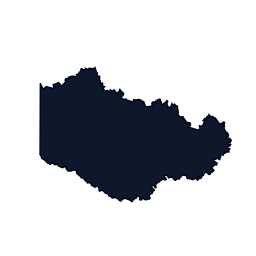 Xhariep, Free State, South Africa (Equal Earth projection), rotated 338°
{"feature_id": "47623444B92402502391318", "entity_name": "Xhariep", "entity_type": "district", "adm_level": 2, "iso_a3": "ZAF", "parent_name": "South Africa", "parent_adm1": "Free State", "projection": "equal_earth", "projection_center": [25.946, -29.761], "detail": "fine", "context": "isolated", "style": "filled", "palette": "ink", "viewbox_px": 256, "rotation_deg": 338, "n_neighbors": 0, "source": "geoboundaries", "source_scale": "gbopen_adm2", "svg_char_len": 5946}
<svg xmlns="http://www.w3.org/2000/svg" viewBox="0 0 256 256"><g transform="rotate(338 128 128)"><path d="M63.5,53.7L36.5,119.8L37.0,120.3L36.7,123.8L37.0,124.4L38.3,125.5L40.4,130.5L41.9,131.8L42.1,132.5L43.3,132.1L45.6,132.6L46.0,133.2L45.9,134.2L47.2,134.9L48.6,134.9L49.6,137.5L52.3,140.2L54.5,140.2L54.9,139.2L55.7,139.4L55.8,140.0L55.5,142.6L56.2,145.3L59.2,146.6L60.8,146.4L63.4,147.1L64.2,149.0L63.7,149.9L63.6,151.3L64.6,152.6L64.8,153.8L66.1,154.8L66.0,156.6L68.0,157.9L68.7,161.0L69.5,161.9L69.8,163.7L70.4,163.9L71.3,163.2L71.8,164.5L73.0,165.2L73.1,166.2L72.6,167.2L73.6,168.5L74.3,169.0L74.9,170.3L75.9,170.6L77.1,169.8L77.8,170.0L78.6,172.4L78.3,174.0L77.9,174.6L78.1,176.0L79.6,175.6L81.4,176.8L82.6,179.7L83.3,180.6L84.1,180.9L85.2,182.4L85.4,182.9L84.9,183.2L84.9,183.7L86.8,185.7L87.1,186.8L88.3,187.4L89.8,186.9L90.3,188.0L91.0,188.5L92.4,190.4L92.7,191.6L94.0,193.0L95.1,192.7L95.7,191.5L96.7,192.1L97.5,191.6L98.1,191.6L99.6,192.8L100.8,193.2L100.9,193.8L102.8,195.6L103.6,196.7L103.7,197.5L104.1,197.7L107.1,196.0L109.4,196.1L111.0,194.2L111.4,194.1L113.0,196.8L112.1,198.7L112.3,199.2L113.0,199.6L114.0,199.5L116.0,198.1L116.6,198.6L116.3,200.1L117.1,200.9L118.5,201.4L120.5,201.4L121.3,201.9L122.1,201.4L122.3,198.8L123.0,197.8L126.2,197.5L127.1,195.9L128.9,195.7L128.9,194.6L127.7,191.9L128.5,190.4L129.1,190.2L129.6,190.4L130.8,192.1L131.0,192.6L130.8,193.4L131.2,193.7L131.9,193.3L132.0,191.5L132.7,190.7L134.0,190.0L137.1,189.5L138.5,188.8L139.5,188.8L141.2,188.3L141.8,188.6L142.4,189.8L143.8,190.1L144.2,189.8L144.2,188.3L143.9,187.8L143.2,187.5L143.1,187.0L144.0,185.8L145.0,185.6L146.9,187.3L146.9,189.2L147.1,189.5L148.4,189.5L151.0,190.4L151.1,192.2L152.1,193.2L151.8,193.7L152.0,194.1L152.7,194.2L154.2,193.5L156.5,194.5L157.5,193.4L158.5,193.4L159.3,192.6L160.2,192.2L162.1,192.5L164.5,194.4L164.0,196.6L164.1,197.2L165.4,197.4L168.5,200.0L169.6,200.2L172.8,199.8L173.2,200.7L172.5,201.5L172.6,202.1L172.8,202.3L174.2,202.0L175.5,200.2L176.1,201.7L177.2,201.8L178.5,200.2L180.1,200.1L181.5,198.7L183.3,198.0L183.8,198.3L185.3,200.4L185.6,201.4L186.7,201.6L187.5,201.1L187.6,199.6L188.1,199.6L189.1,200.4L191.0,200.0L191.8,199.5L191.8,199.1L190.7,196.8L191.8,195.5L194.9,194.5L195.7,195.4L196.9,194.9L197.4,193.9L197.3,193.4L196.5,193.2L195.9,191.8L195.0,191.3L194.8,190.8L195.2,189.9L196.4,189.7L197.4,189.9L200.0,189.2L200.2,189.4L200.1,190.1L200.3,190.7L201.2,191.6L202.1,190.2L203.1,189.5L202.5,188.2L202.7,187.8L205.0,187.9L206.0,188.9L207.2,187.5L207.6,185.9L207.9,186.3L208.0,187.6L208.6,187.7L208.8,185.7L209.2,185.4L209.5,185.5L209.8,187.2L210.8,187.5L211.8,187.2L212.6,187.9L212.8,187.1L212.7,186.5L214.5,185.6L213.7,184.5L212.5,183.9L212.4,183.4L212.8,182.5L213.4,182.3L215.1,183.0L216.9,182.0L216.5,181.0L215.2,181.5L214.2,180.9L214.2,180.4L214.9,180.0L215.1,178.9L216.7,179.3L217.4,179.7L217.8,179.1L219.0,178.4L218.9,177.5L218.5,176.7L218.6,175.9L217.8,175.7L217.5,177.0L217.1,177.0L216.6,175.5L216.8,174.1L216.0,173.9L215.7,173.5L216.6,173.0L217.4,173.2L217.8,172.7L218.1,173.0L218.3,172.6L217.9,171.9L218.5,171.8L218.4,171.4L217.8,171.4L217.6,171.1L218.2,170.5L217.9,170.2L218.2,169.8L217.8,169.7L217.6,169.0L217.2,169.5L216.8,169.0L217.1,168.5L216.8,167.8L217.1,167.0L216.8,166.1L217.0,165.3L216.8,164.6L217.3,163.4L217.0,162.4L218.0,162.6L218.0,161.7L217.7,161.3L218.2,161.4L218.4,160.5L219.4,159.6L219.5,159.3L219.1,159.1L219.3,158.7L219.0,158.3L218.3,158.6L214.5,159.0L212.7,151.7L212.4,151.2L211.0,150.6L210.9,149.9L211.1,149.3L210.2,149.3L209.0,147.9L208.1,148.0L208.4,147.7L208.0,145.9L206.5,147.1L204.8,147.4L204.1,149.3L202.8,148.0L200.5,149.3L202.3,150.1L200.4,151.5L198.9,153.2L199.0,153.8L196.4,153.7L195.0,152.8L194.5,156.1L191.8,155.9L184.0,149.6L184.2,149.0L186.8,149.1L187.3,148.0L187.3,147.5L186.5,147.7L186.3,147.4L187.0,146.9L187.2,146.3L185.9,145.8L184.5,144.4L183.2,145.9L183.4,145.3L183.5,143.9L184.2,142.9L183.9,141.9L182.9,140.8L183.4,140.4L183.5,139.7L182.8,138.9L183.2,138.4L182.2,137.8L181.1,138.0L179.2,134.7L180.6,131.8L181.4,127.6L182.0,126.4L180.4,124.7L180.1,123.3L179.5,123.4L179.5,124.0L178.9,123.8L178.1,124.2L177.8,122.1L177.5,122.6L176.2,123.5L174.8,125.5L174.7,124.6L173.9,124.8L173.5,124.4L173.4,123.4L172.4,123.5L173.3,119.8L174.5,118.6L174.8,117.7L174.5,117.2L172.8,118.1L169.0,119.2L168.7,119.9L168.0,119.2L168.5,118.6L167.8,117.8L168.3,117.5L168.5,115.8L168.2,115.5L168.6,113.5L168.3,113.1L166.7,113.2L165.9,112.9L165.3,114.7L164.8,115.1L164.4,113.9L163.8,113.9L163.7,113.4L162.5,114.1L160.5,113.2L159.3,114.2L158.6,116.7L152.4,115.2L152.3,110.4L151.7,110.6L152.4,109.4L150.6,108.5L150.9,108.1L149.9,107.5L150.3,106.9L148.8,105.7L145.1,104.8L143.9,103.9L143.5,105.6L143.2,105.3L141.8,105.4L141.8,105.0L140.9,104.5L141.0,105.7L140.0,105.8L139.0,102.8L137.8,102.4L137.8,103.0L137.5,103.0L137.3,100.8L134.1,99.5L133.7,98.6L133.3,98.7L132.9,96.6L135.3,96.1L136.8,94.5L136.0,92.3L135.6,92.2L134.9,89.3L133.4,90.8L130.3,91.9L129.7,87.8L127.2,87.6L127.0,88.2L125.9,86.0L123.9,88.2L122.9,87.9L123.5,86.0L122.3,85.3L119.9,85.5L120.0,82.6L119.8,82.5L120.1,81.6L121.7,80.9L119.5,78.7L120.7,78.2L121.1,76.8L119.5,76.5L119.4,75.6L119.8,73.9L119.3,73.6L121.0,69.5L118.6,67.9L120.2,65.7L119.6,64.3L120.0,59.7L118.8,60.1L118.1,59.9L117.7,60.2L117.7,59.8L117.1,59.9L116.2,59.1L115.7,59.4L115.2,58.5L115.0,58.8L114.4,58.4L113.9,58.7L113.5,58.3L113.1,58.4L112.7,59.1L112.2,58.1L111.4,57.8L111.0,57.1L110.7,58.0L109.7,57.4L109.4,57.9L109.0,57.7L108.6,58.0L108.2,57.2L107.8,57.1L107.7,56.1L107.1,55.6L106.3,55.9L106.1,57.0L104.5,58.1L104.0,58.0L102.4,59.4L100.5,59.2L100.4,60.3L99.8,60.8L98.0,60.5L97.6,60.0L97.0,60.1L96.5,59.4L95.6,59.0L94.6,59.3L94.0,58.8L93.4,59.6L93.0,58.9L92.3,59.6L91.6,58.8L91.2,59.6L89.9,60.0L88.8,59.0L87.6,60.0L87.8,61.2L87.0,62.4L86.3,62.3L85.4,63.3L84.3,62.9L83.3,64.5L82.3,64.6L80.7,59.9L75.8,60.1L75.0,59.7L74.4,63.0L73.9,63.3L73.0,63.0L67.6,59.0L64.1,60.5L63.3,55.7L63.5,53.7Z" fill="#0f172a" stroke="#020617" stroke-width="1.5"/></g></svg>